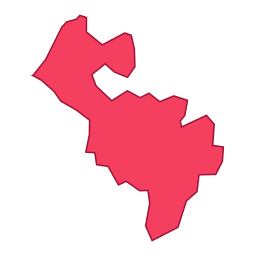 Furkat, Ferghana, Uzbekistan (Mercator projection)
{"feature_id": "79887680B57578382028963", "entity_name": "Furkat", "entity_type": "district", "adm_level": 2, "iso_a3": "UZB", "parent_name": "Uzbekistan", "parent_adm1": "Ferghana", "projection": "mercator", "projection_center": [70.733, 40.505], "detail": "fine", "context": "isolated", "style": "filled", "palette": "rose", "viewbox_px": 256, "rotation_deg": 0, "n_neighbors": 0, "source": "geoboundaries", "source_scale": "gbopen_adm2", "svg_char_len": 783}
<svg xmlns="http://www.w3.org/2000/svg" viewBox="0 0 256 256"><path d="M214.2,124.3L206.5,115.3L181.5,127.0L180.3,121.0L184.8,115.4L187.5,100.3L173.7,95.9L159.9,101.7L148.9,93.2L140.2,97.7L127.4,90.8L111.7,100.7L96.1,86.0L91.8,74.6L105.1,63.8L114.5,72.1L127.5,77.3L134.9,66.8L134.4,49.0L131.2,35.2L124.7,33.0L102.2,44.9L86.4,31.9L86.5,17.5L79.8,15.4L76.2,19.3L66.8,21.8L61.7,27.3L45.8,59.3L33.3,75.1L32.6,75.4L41.5,80.3L54.0,91.4L60.9,101.2L76.1,109.9L89.6,120.2L89.4,134.6L85.8,152.1L94.9,152.8L96.6,164.7L108.1,166.4L118.5,184.9L126.2,181.3L139.7,190.7L148.0,190.5L149.7,203.3L147.0,218.3L145.6,225.8L152.1,240.6L177.9,227.3L186.4,200.9L197.0,191.6L199.0,174.8L215.7,174.4L222.4,161.3L223.4,147.0L212.7,145.4L214.2,124.3Z" fill="#f43f5e" stroke="#9f1239" stroke-width="1.5"/></svg>